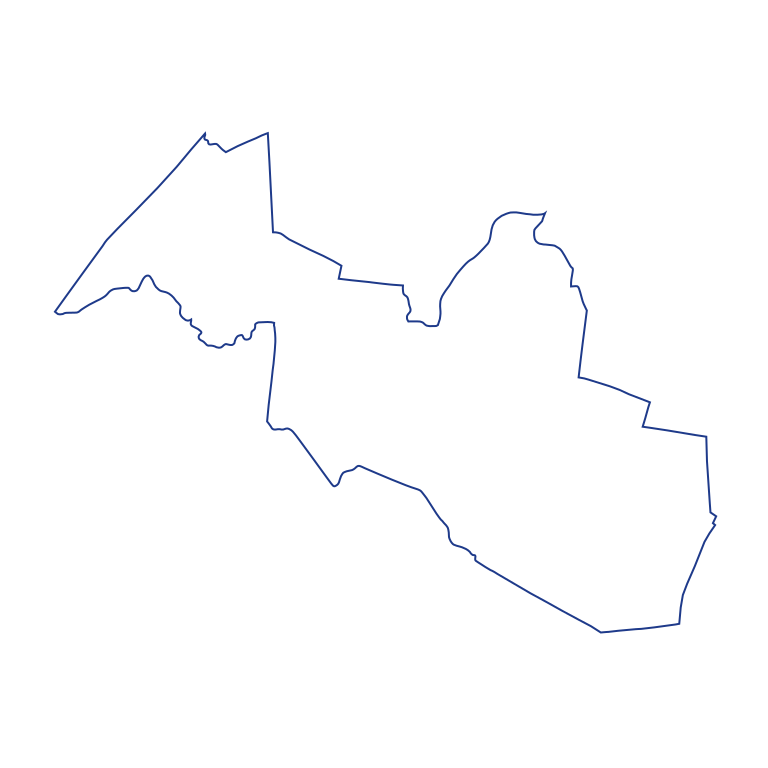 Kien Tuong, Long An, Vietnam, rotated 267°
{"feature_id": "81297802B15581259777878", "entity_name": "Kien Tuong", "entity_type": "district", "adm_level": 2, "iso_a3": "VNM", "parent_name": "Vietnam", "parent_adm1": "Long An", "projection": "mercator", "projection_center": [105.93, 10.802], "detail": "fine", "context": "isolated", "style": "outline", "palette": "blue", "viewbox_px": 768, "rotation_deg": 267, "n_neighbors": 0, "source": "geoboundaries", "source_scale": "gbopen_adm2", "svg_char_len": 6149}
<svg xmlns="http://www.w3.org/2000/svg" viewBox="0 0 768 768"><g transform="rotate(267 384 384)"><path d="M643.5,218.4L628.4,203.8L611.7,188.3L591.5,167.9L570.0,144.7L553.1,126.1L542.6,115.0L540.1,112.8L536.4,110.1L511.2,89.6L488.4,71.2L473.4,59.2L471.7,61.1L470.9,62.1L470.6,63.4L470.5,64.3L470.7,66.9L471.2,68.0L471.6,69.3L471.7,71.0L471.4,80.3L471.5,81.3L472.0,82.8L474.1,85.7L476.3,89.5L478.6,93.8L481.9,101.1L483.4,104.7L484.8,107.5L486.0,109.6L487.1,111.1L488.4,112.5L490.3,114.3L490.8,114.9L491.6,116.1L492.6,118.2L493.0,119.8L493.2,122.3L493.6,129.8L493.5,133.4L493.3,133.9L493.0,134.5L492.1,135.1L491.1,136.0L490.4,136.8L489.9,137.8L489.7,139.6L489.9,140.7L490.3,141.9L491.1,142.8L492.5,144.0L498.9,147.4L501.5,149.0L502.7,150.0L503.4,150.7L503.9,151.3L504.5,152.5L504.6,153.4L504.6,154.2L504.4,154.8L503.9,155.6L503.2,156.2L499.6,158.3L495.6,159.8L492.9,161.3L490.1,163.9L489.0,165.3L488.4,166.6L487.2,170.6L486.6,172.1L485.5,174.0L483.5,176.4L481.3,178.4L477.6,180.9L475.6,182.7L473.6,184.2L472.8,184.7L471.8,184.9L470.4,184.7L468.5,184.3L466.2,184.0L465.1,184.0L463.8,184.4L462.5,185.0L460.6,186.5L458.2,189.3L457.9,190.2L457.6,191.2L457.6,192.3L457.8,193.2L458.1,194.1L458.5,194.8L458.3,194.8L457.5,194.8L454.9,194.2L453.9,194.2L453.1,194.5L452.3,195.0L451.8,195.7L450.2,198.4L448.7,201.0L447.2,202.8L446.2,203.8L445.6,204.2L445.0,204.3L444.4,204.1L443.5,203.3L443.0,202.5L442.3,201.9L441.1,201.4L439.9,201.4L438.9,201.7L438.0,202.5L437.2,203.5L436.5,204.8L435.6,206.1L433.3,208.2L432.5,208.8L431.8,209.7L431.5,210.7L431.4,213.3L431.0,215.3L430.3,217.2L429.5,218.6L428.9,220.9L428.9,222.2L429.2,223.4L430.1,224.8L431.0,225.8L431.7,226.9L432.1,227.8L432.1,228.6L431.3,231.3L431.0,232.6L430.9,233.8L431.0,234.6L431.6,235.7L432.5,236.7L433.5,237.0L434.6,237.3L436.5,238.1L437.7,238.8L439.1,240.0L439.6,240.8L440.0,242.0L440.3,243.6L440.3,244.4L440.3,244.6L440.1,244.9L439.4,245.4L438.0,245.9L436.9,246.4L435.8,247.6L435.5,249.2L435.7,250.8L436.5,252.5L437.9,253.5L439.3,253.9L441.6,254.2L442.6,254.4L443.2,254.8L443.6,255.1L444.2,255.9L444.8,256.8L445.7,257.7L447.1,258.2L448.7,258.4L449.8,258.4L450.3,258.5L450.9,259.1L451.5,260.1L452.1,261.7L452.0,270.8L451.6,274.6L450.8,277.5L448.3,277.2L446.1,277.6L443.2,277.7L440.1,277.9L435.6,277.9L431.7,277.7L423.2,276.7L409.8,274.7L403.9,273.6L392.1,271.7L368.9,267.7L352.7,265.3L350.6,266.8L347.8,268.6L345.5,269.8L344.7,270.8L344.3,271.8L344.2,273.5L344.4,275.4L344.3,277.7L343.9,279.2L343.8,280.9L344.6,283.9L344.6,285.5L344.0,287.0L342.7,289.0L341.2,290.5L337.4,293.3L332.6,296.5L313.7,308.9L294.0,321.7L287.3,326.1L285.1,327.8L284.5,328.8L284.5,329.6L284.9,330.6L285.8,332.1L286.8,333.1L288.2,333.9L291.0,334.9L294.3,336.3L296.4,337.7L297.5,338.7L298.1,340.0L298.8,342.2L299.7,347.6L300.4,349.2L301.4,350.7L302.6,352.1L303.3,353.2L303.5,353.8L303.5,355.0L303.3,355.7L302.6,357.3L300.9,360.5L294.8,372.9L288.1,386.8L281.8,400.4L279.4,406.0L277.0,412.2L276.0,414.2L274.9,415.5L273.3,416.7L268.1,420.3L251.8,429.6L247.7,432.2L245.7,433.6L243.9,435.3L242.7,436.1L241.2,437.3L239.7,438.6L238.0,439.7L237.0,440.2L235.2,440.6L232.5,440.9L227.8,440.9L226.1,441.3L223.4,442.4L221.8,443.4L220.5,444.5L219.9,445.3L218.7,448.0L217.7,451.1L216.9,453.3L215.0,457.1L213.7,459.0L211.9,460.9L210.2,461.9L209.0,463.1L208.6,463.7L208.3,465.5L208.0,466.0L207.5,466.2L207.1,466.3L206.3,466.2L205.5,466.0L203.7,465.9L203.1,466.1L202.6,466.5L200.8,468.9L198.3,472.4L195.9,475.7L192.6,480.6L191.7,482.4L190.4,484.5L188.2,487.6L167.6,518.9L157.8,534.8L147.8,550.7L138.3,566.3L131.3,578.0L124.5,587.5L124.7,593.0L124.7,595.0L125.3,604.9L126.0,622.9L126.0,628.1L126.8,641.0L128.6,662.6L129.1,666.3L145.2,668.6L157.6,671.4L168.7,676.3L185.9,684.9L209.6,695.8L217.7,701.1L225.8,707.3L227.8,705.2L234.5,708.8L238.7,703.3L248.5,703.1L290.1,702.5L314.5,703.1L316.8,691.9L322.8,664.7L326.3,647.7L327.8,640.1L336.4,643.2L347.1,646.8L351.8,648.6L361.0,628.0L365.8,618.9L369.9,609.4L377.7,588.4L379.1,584.3L380.4,578.7L397.0,581.5L413.0,584.3L446.8,590.4L448.6,589.6L453.5,587.6L456.3,586.7L465.4,584.7L468.8,583.8L470.4,583.2L471.1,582.6L471.5,582.0L471.7,580.3L471.6,575.9L475.3,576.1L478.8,576.6L482.3,577.4L487.4,578.5L488.4,578.6L489.6,578.5L491.0,577.1L492.3,576.2L502.7,571.1L507.1,568.7L508.8,567.5L510.0,566.4L511.2,564.7L513.2,561.7L513.7,559.6L514.8,552.6L515.0,550.7L516.0,546.6L517.1,544.8L518.7,543.2L520.8,542.2L522.3,541.9L524.7,541.7L528.3,541.9L530.1,542.3L531.6,543.5L538.2,550.3L539.0,550.7L540.0,551.0L541.5,551.6L546.1,553.7L545.9,553.4L545.5,552.5L545.1,550.1L545.0,546.3L545.2,542.0L545.8,538.9L546.4,534.8L547.8,528.4L548.4,525.3L548.6,522.7L548.6,519.2L548.2,517.3L547.6,515.1L545.8,510.3L543.1,506.1L541.7,504.4L540.2,503.0L536.8,500.9L532.8,499.5L525.3,497.9L522.6,497.1L520.5,496.2L518.8,495.1L514.7,491.0L509.2,485.1L507.4,483.0L505.6,480.7L504.7,479.3L503.1,476.3L501.8,474.4L499.9,472.1L497.2,469.3L493.9,466.1L490.0,462.5L485.0,458.7L478.9,454.5L474.2,450.6L471.5,448.6L468.7,446.7L466.0,445.4L463.9,444.7L461.1,444.3L458.6,444.1L453.6,444.2L451.3,444.1L448.7,443.7L446.0,443.2L440.0,440.9L439.6,440.1L439.2,439.1L439.2,438.2L439.4,432.7L439.7,431.1L440.1,429.6L440.7,428.7L441.7,427.6L443.1,426.3L443.9,424.9L444.5,423.2L444.8,420.1L445.2,411.6L447.2,410.6L448.4,410.4L450.3,410.5L451.1,410.8L452.3,411.6L454.3,413.5L455.2,414.1L456.0,414.3L457.3,414.4L458.7,414.1L460.7,413.5L462.5,413.1L465.6,412.8L467.8,412.4L469.3,411.9L470.5,410.9L471.4,409.7L472.2,408.9L472.8,408.4L473.6,408.1L475.0,407.9L478.3,407.8L481.4,408.1L482.6,398.3L483.0,395.5L484.2,388.0L486.0,377.5L486.5,374.9L489.4,356.4L491.5,344.3L504.3,347.7L509.4,339.9L515.1,330.1L522.2,316.6L533.4,296.8L535.6,294.0L538.2,290.9L539.7,288.7L540.5,286.4L541.0,284.3L541.2,282.8L541.3,281.1L611.1,281.2L640.6,281.1L640.1,279.4L638.6,274.9L636.1,268.9L633.1,260.5L629.2,250.3L623.8,238.2L626.1,235.4L627.5,234.0L631.6,230.4L632.1,229.8L632.5,229.0L632.6,228.1L632.6,227.2L632.2,223.4L632.5,222.0L632.9,221.6L633.4,221.2L635.6,221.0L636.2,220.7L636.5,220.4L636.8,219.9L637.1,218.9L637.5,218.0L637.9,217.8L638.4,217.5L639.1,217.5L640.2,217.7L641.8,218.4L642.4,218.5L643.5,218.4Z" fill="none" stroke="#1e3a8a" stroke-width="2"/></g></svg>